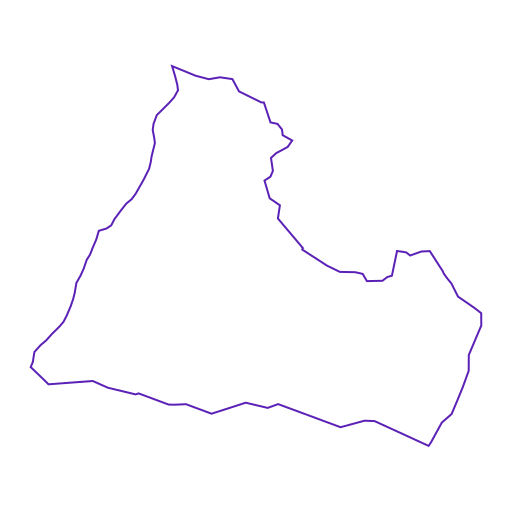 Umuahia South, Abia, Nigeria
{"feature_id": "59680162B33788323646847", "entity_name": "Umuahia South", "entity_type": "district", "adm_level": 2, "iso_a3": "NGA", "parent_name": "Nigeria", "parent_adm1": "Abia", "projection": "albers", "projection_center": [7.437, 5.501], "detail": "fine", "context": "isolated", "style": "outline", "palette": "violet", "viewbox_px": 512, "rotation_deg": 0, "n_neighbors": 0, "source": "geoboundaries", "source_scale": "gbopen_adm2", "svg_char_len": 1624}
<svg xmlns="http://www.w3.org/2000/svg" viewBox="0 0 512 512"><path d="M481.2,313.2L474.4,307.9L458.0,296.6L451.3,283.3L447.7,279.0L443.7,273.5L442.9,271.4L429.8,251.1L421.4,251.5L410.2,255.5L406.2,252.4L404.8,252.2L402.8,251.8L397.0,251.0L396.4,254.2L391.9,275.7L387.4,277.0L382.4,280.8L366.9,281.1L362.7,273.9L355.2,272.2L339.9,271.9L327.1,265.7L302.3,249.6L302.9,248.1L277.9,218.5L279.9,205.3L269.7,198.3L264.5,180.6L270.5,176.6L272.9,170.9L271.0,157.9L276.4,153.0L279.9,151.2L287.7,146.9L292.2,140.5L282.7,135.2L282.0,129.5L277.5,123.9L270.5,122.4L263.9,102.5L261.3,102.4L239.0,91.4L232.4,79.1L220.0,77.3L208.8,79.2L195.5,75.7L172.1,66.1L172.9,68.7L175.1,76.2L177.3,84.8L178.0,90.3L174.1,97.3L169.3,102.7L167.4,104.6L162.3,109.7L156.8,115.1L153.6,123.6L152.7,129.9L154.2,137.7L154.9,143.1L151.6,156.3L150.8,161.8L149.1,168.8L145.2,176.5L145.1,176.8L142.8,181.2L138.8,188.2L135.7,193.7L131.7,199.1L126.2,203.7L120.7,210.7L114.4,219.2L111.2,225.4L106.5,228.5L98.8,230.8L96.3,239.4L92.3,248.7L91.9,249.9L89.9,254.9L86.8,259.6L83.6,268.9L80.6,275.5L80.4,275.9L76.4,282.9L75.4,288.7L74.7,293.0L73.1,299.2L71.3,304.4L70.7,306.2L66.7,315.6L66.5,316.0L63.5,321.8L59.6,326.4L51.7,334.2L46.2,340.4L40.7,345.0L34.4,352.0L32.8,362.1L30.7,367.1L45.5,381.3L48.5,384.3L92.7,381.0L108.1,387.8L135.6,394.4L138.6,393.4L143.2,395.1L168.7,404.6L175.2,404.7L186.0,404.2L211.5,413.7L231.2,407.4L245.7,402.7L267.7,407.9L278.1,404.1L340.5,427.2L364.6,420.7L374.6,421.1L428.6,445.9L431.3,441.8L441.8,422.6L451.6,414.0L457.4,400.3L462.8,387.1L468.7,370.8L468.8,355.0L481.3,325.5L481.2,313.2Z" fill="none" stroke="#5b21b6" stroke-width="2"/></svg>